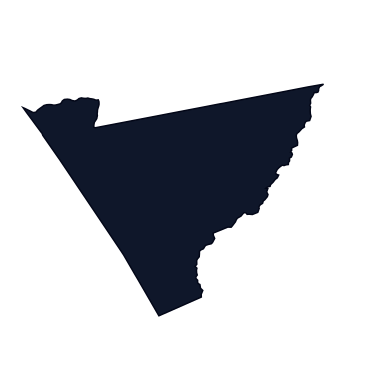 Wanderlândia, Tocantins, Brazil, rotated 79°
{"feature_id": "56859067B89529630375047", "entity_name": "Wanderlândia", "entity_type": "district", "adm_level": 2, "iso_a3": "BRA", "parent_name": "Brazil", "parent_adm1": "Tocantins", "projection": "natural_earth1", "projection_center": [-48.028, -6.887], "detail": "fine", "context": "isolated", "style": "filled", "palette": "ink", "viewbox_px": 384, "rotation_deg": 79, "n_neighbors": 0, "source": "geoboundaries", "source_scale": "gbopen_adm2", "svg_char_len": 2540}
<svg xmlns="http://www.w3.org/2000/svg" viewBox="0 0 384 384"><g transform="rotate(79 192 192)"><path d="M108.1,327.6L132.1,317.0L134.3,316.0L159.6,305.3L163.2,303.8L193.5,291.0L236.9,272.7L239.1,271.8L240.8,271.1L258.1,265.1L261.3,264.0L267.7,261.7L307.2,248.1L296.9,202.9L294.2,202.5L292.7,201.5L290.7,200.2L288.1,202.0L284.3,201.9L283.1,203.4L281.6,203.7L279.7,203.3L277.5,204.7L276.0,204.3L274.5,202.7L272.2,202.9L269.5,202.5L267.7,201.7L265.6,203.2L263.9,201.1L260.2,200.5L258.9,199.6L257.0,197.3L254.1,196.5L251.6,196.0L250.5,194.2L249.9,191.6L247.7,189.7L246.9,188.4L246.6,186.0L246.5,183.0L245.6,181.6L241.9,178.6L238.7,179.3L236.4,179.1L233.3,163.7L234.0,160.2L232.8,158.7L231.1,156.8L229.5,155.0L228.2,154.2L226.4,152.6L225.0,148.5L222.2,145.1L222.8,142.9L224.4,142.2L224.8,139.8L225.6,137.1L225.0,133.8L224.5,131.3L221.0,129.2L219.3,129.2L217.6,127.5L216.6,124.9L214.4,123.8L213.5,122.0L210.9,118.9L209.0,117.9L206.2,118.7L203.1,116.9L202.4,118.8L201.4,116.8L201.4,114.3L199.7,113.4L197.9,110.6L195.5,107.9L194.4,105.6L191.9,103.7L190.6,105.9L188.9,106.2L186.2,104.1L184.7,102.0L183.8,100.3L182.9,98.3L183.6,96.6L183.3,94.7L183.4,92.2L181.5,91.7L180.1,90.3L177.3,89.8L176.6,87.8L174.3,86.3L172.7,86.5L171.6,87.7L170.1,86.2L167.9,85.9L167.2,83.3L166.3,79.6L163.8,78.9L161.7,78.8L159.0,79.1L156.5,78.9L154.6,77.9L153.6,75.9L152.4,74.2L150.8,72.1L149.6,69.2L147.6,69.1L145.3,67.6L144.3,66.3L144.3,62.9L140.5,60.7L138.0,60.9L134.7,60.5L132.8,60.0L131.1,59.4L129.3,60.0L127.5,58.6L124.7,58.3L123.0,57.7L121.5,55.9L119.7,54.4L117.7,53.0L118.1,51.1L118.0,49.4L116.6,48.4L114.8,48.0L112.9,46.6L112.4,44.8L111.3,42.3L111.0,58.5L111.0,72.6L111.0,76.4L111.0,80.3L111.0,83.6L110.9,127.3L110.9,134.8L110.9,138.2L110.9,144.1L110.8,148.5L110.8,165.2L110.7,199.8L110.7,203.7L110.7,205.4L110.7,207.4L110.7,213.1L110.5,274.7L109.6,276.1L107.4,275.5L105.0,274.6L103.3,272.9L101.8,271.5L100.3,270.9L98.9,270.3L97.2,270.2L95.4,269.6L93.4,269.1L91.4,268.1L89.6,267.1L88.1,266.5L85.7,266.1L83.7,266.4L83.5,268.8L82.3,270.6L81.5,272.5L80.8,274.6L79.9,276.3L79.9,278.2L79.4,280.3L78.5,282.7L78.7,285.1L79.8,287.0L80.4,289.5L79.3,292.3L77.9,294.2L77.1,296.6L76.8,299.7L77.9,301.9L79.4,303.1L80.3,304.5L80.5,307.0L80.6,309.3L80.4,311.1L79.4,313.5L78.9,315.6L78.6,317.9L78.8,320.8L79.7,322.6L80.4,324.1L81.1,325.7L82.2,327.9L83.9,330.1L83.7,332.7L82.8,334.0L81.7,335.3L80.3,337.2L79.1,338.8L78.1,340.1L77.0,341.7L82.7,339.1L90.4,335.4L92.3,334.5L95.1,333.2L103.9,329.0L105.8,328.0L108.1,327.6Z" fill="#0f172a" stroke="#020617" stroke-width="1.5"/></g></svg>